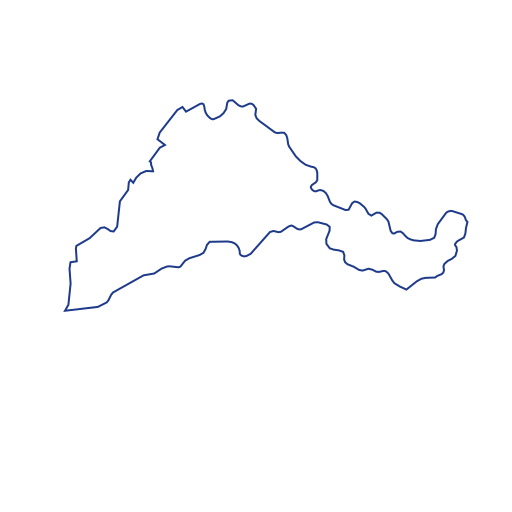 SVG path tracing the border of Meurthe-et-Moselle, rotated 130°
{"feature_id": "FRA-5325", "entity_name": "Meurthe-et-Moselle", "entity_type": "Metropolitan department", "adm_level": 1, "iso_a3": "FRA", "parent_name": "France", "parent_adm1": "", "projection": "natural_earth1", "projection_center": [5.998, 48.953], "detail": "fine", "context": "isolated", "style": "outline", "palette": "blue", "viewbox_px": 512, "rotation_deg": 130, "n_neighbors": 0, "source": "natural_earth", "source_scale": "10m", "svg_char_len": 2953}
<svg xmlns="http://www.w3.org/2000/svg" viewBox="0 0 512 512"><g transform="rotate(130 256 256)"><path d="M148.3,101.9L150.5,102.1L154.9,104.4L157.3,104.9L163.6,111.9L167.1,114.7L172.2,116.6L185.0,119.2L186.9,126.0L187.9,132.6L187.1,136.0L184.4,143.1L184.2,146.5L184.9,148.1L186.0,149.2L188.5,151.0L190.0,152.6L190.8,154.1L191.7,158.1L193.5,161.7L198.7,165.0L200.4,168.0L201.4,174.3L203.5,180.6L203.5,183.7L202.0,186.3L198.7,188.7L196.8,191.9L198.4,196.1L201.2,200.6L202.7,204.5L201.4,209.9L197.9,213.1L189.3,215.9L186.3,218.3L186.4,222.0L190.3,230.2L192.9,233.0L206.5,238.6L207.8,239.9L208.7,241.8L209.3,247.0L210.0,248.6L212.4,250.0L221.5,252.5L223.3,254.1L225.6,258.7L228.6,260.7L257.8,261.5L262.1,263.3L264.0,264.9L265.0,267.3L265.0,269.1L264.4,270.1L262.5,271.9L261.0,274.4L260.1,277.2L260.0,280.2L260.9,283.3L263.0,286.9L274.9,300.6L279.0,300.7L283.1,299.1L287.4,298.3L291.6,299.9L300.5,305.6L305.2,307.3L312.7,307.1L314.4,308.0L319.3,315.4L321.1,317.3L326.3,320.2L334.8,322.7L343.1,329.7L375.9,342.1L378.9,342.0L384.7,340.6L387.5,340.5L396.6,344.4L420.7,367.1L413.9,368.4L396.3,380.3L385.6,390.7L380.0,394.1L375.3,389.9L365.9,398.9L363.7,400.1L349.3,394.9L334.5,393.1L331.5,390.6L330.7,387.1L330.4,383.5L328.7,380.8L322.8,381.2L301.6,395.4L287.6,396.4L281.4,400.7L278.3,401.2L278.8,397.1L272.9,398.1L266.9,397.5L261.4,394.7L257.3,389.3L255.6,391.4L253.4,395.2L251.8,396.5L251.8,398.2L234.9,399.3L229.5,397.1L229.9,406.5L223.4,409.1L194.8,410.1L189.1,408.1L190.4,402.4L175.4,396.6L173.9,395.4L173.5,393.8L174.8,391.6L176.9,389.3L178.6,386.6L179.6,383.6L179.9,380.0L179.6,378.3L179.2,377.2L178.4,376.4L172.3,373.4L167.4,372.7L162.6,373.3L157.1,376.5L154.7,376.8L151.8,374.1L151.7,373.2L151.8,366.5L151.4,364.7L150.7,363.0L149.8,362.0L143.4,358.9L142.2,357.3L141.9,355.1L143.2,350.5L148.4,347.2L150.1,344.0L150.4,340.2L149.2,321.1L148.1,318.6L145.6,316.3L143.5,313.6L143.9,310.6L145.7,307.7L149.7,303.2L150.9,300.9L154.1,289.5L154.7,283.0L154.2,276.6L152.0,270.9L151.1,269.4L150.6,267.9L150.6,266.4L151.3,264.7L152.8,262.6L158.4,257.9L160.9,257.5L165.7,258.8L167.8,258.5L168.6,257.4L169.1,255.8L169.1,254.1L168.7,252.7L167.7,251.5L165.2,250.1L164.1,249.1L162.8,246.1L162.9,242.8L164.0,239.6L167.0,234.1L167.6,231.8L167.4,229.4L163.2,216.9L161.0,214.8L153.8,216.3L151.0,215.6L149.6,213.3L148.9,210.5L148.9,204.7L149.3,202.6L151.4,197.0L150.9,193.6L145.4,191.6L143.4,189.1L143.1,186.3L143.7,179.3L144.5,176.7L150.2,169.0L150.9,166.2L150.1,164.7L146.5,163.2L144.3,160.9L144.1,158.1L144.6,154.9L144.8,151.4L143.9,148.1L142.5,145.0L138.8,139.7L131.8,133.1L127.5,131.2L123.8,132.5L119.8,135.4L114.8,137.2L100.5,138.1L98.2,137.3L96.3,135.8L95.5,134.7L91.6,125.3L91.3,123.8L91.7,121.5L93.6,118.1L94.0,115.9L99.3,113.3L104.3,110.0L108.2,108.6L114.5,111.0L116.2,111.4L119.2,111.1L119.9,110.0L120.3,108.2L122.7,105.5L127.8,103.3L132.3,104.2L136.7,106.0L141.0,106.6L143.5,105.7L146.1,102.8L148.3,101.9Z" fill="none" stroke="#1e3a8a" stroke-width="2"/></g></svg>